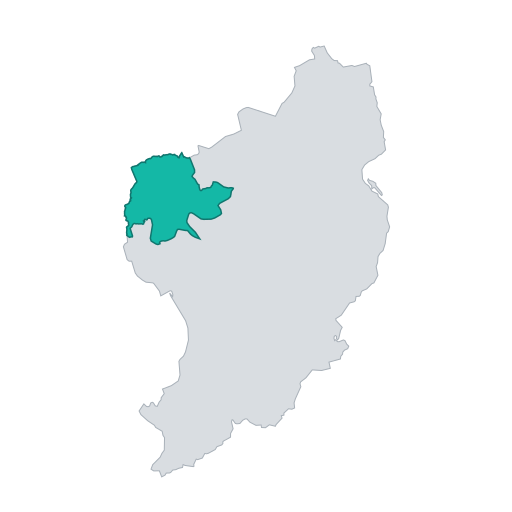 Razavi Khorasan on a map of Iran (Albers equal-area conic projection), rotated 249°
{"feature_id": "IRN-3245", "entity_name": "Razavi Khorasan", "entity_type": "Province", "adm_level": 1, "iso_a3": "IRN", "parent_name": "Iran", "parent_adm1": "", "projection": "albers", "projection_center": [59.461, 35.325], "detail": "fine", "context": "in_parent", "style": "filled", "palette": "teal", "viewbox_px": 512, "rotation_deg": 249, "n_neighbors": 0, "source": "natural_earth", "source_scale": "10m", "svg_char_len": 8430}
<svg xmlns="http://www.w3.org/2000/svg" viewBox="0 0 512 512"><g transform="rotate(249 256 256)"><path d="M252.9,152.8L257.8,153.3L267.1,150.7L267.9,150.0L271.0,143.9L274.3,141.3L279.8,138.1L283.4,137.2L295.7,138.1L296.7,135.6L298.8,134.4L312.1,135.5L314.1,137.4L314.9,141.0L326.0,144.4L328.2,145.5L330.9,148.2L333.2,148.9L336.1,147.7L337.9,148.6L340.8,147.9L349.5,151.8L350.7,155.8L352.3,157.6L354.2,159.3L361.1,162.4L363.2,164.2L368.3,171.5L382.4,171.2L383.3,172.7L383.2,175.9L384.3,183.4L383.2,186.2L385.1,188.6L384.9,193.3L385.7,196.6L384.2,201.2L382.5,202.1L383.5,206.1L382.1,210.0L382.3,211.5L380.1,214.8L380.0,216.1L375.9,219.2L379.0,223.7L374.4,224.0L371.5,228.8L372.3,234.5L371.6,237.5L372.1,239.1L373.3,240.2L379.6,241.3L379.8,242.0L373.1,250.4L373.5,253.6L378.5,270.4L377.8,278.8L378.6,287.4L394.8,289.6L396.7,291.8L397.9,296.5L398.0,300.1L397.5,302.0L379.5,324.2L389.1,335.0L389.5,337.4L395.4,347.9L400.8,353.3L410.1,356.0L414.5,359.9L418.3,359.5L418.1,365.0L420.0,376.2L418.9,381.4L422.3,382.4L427.3,381.4L429.2,382.4L430.2,384.2L429.0,385.3L429.3,389.7L428.1,390.7L427.6,394.9L420.1,395.3L413.1,397.4L410.5,399.0L409.1,402.1L406.8,401.8L406.1,403.0L401.1,405.2L399.5,413.8L397.6,415.9L396.4,428.1L395.2,428.3L392.8,430.4L377.2,426.7L375.6,423.8L374.0,423.2L371.8,426.1L364.0,424.5L361.4,425.0L359.7,424.2L355.6,424.1L352.3,422.4L343.8,423.8L338.7,420.7L333.2,419.8L326.4,419.8L321.0,417.4L318.1,418.3L316.8,416.6L308.6,415.0L306.1,409.5L306.1,406.7L304.2,402.0L303.7,395.0L302.0,390.0L298.7,385.8L289.5,383.0L284.6,384.1L281.0,386.4L275.0,387.5L270.3,391.9L267.6,391.5L256.5,397.3L254.1,397.1L246.2,392.5L242.7,391.5L235.3,391.2L231.4,388.2L230.5,386.1L221.2,381.0L215.6,376.6L214.1,372.7L211.7,369.7L206.2,367.1L203.1,364.4L194.3,362.9L188.6,356.4L188.7,354.4L185.6,347.6L185.4,342.7L184.7,341.4L181.8,339.2L181.4,337.9L182.4,334.9L178.6,332.7L178.1,331.2L178.6,326.5L170.2,314.4L168.9,308.0L167.2,307.6L158.5,310.9L156.2,308.3L149.3,303.6L148.5,302.0L150.4,301.5L152.1,302.4L153.3,301.7L153.0,300.3L151.3,299.3L148.8,299.1L149.3,300.4L146.9,301.3L146.2,302.8L146.3,307.5L145.2,308.7L141.2,309.1L138.6,310.3L136.6,308.4L136.4,304.9L135.2,302.6L133.3,301.6L132.0,299.2L129.6,297.9L130.8,286.1L124.5,285.1L125.6,276.2L129.5,267.7L124.4,259.0L122.5,252.6L121.0,251.3L117.9,251.0L108.5,241.5L105.2,238.9L100.3,237.6L100.1,234.6L101.7,231.6L99.9,227.1L99.4,225.8L97.4,225.0L97.9,222.4L95.3,222.2L91.4,214.3L90.1,213.1L93.6,208.0L92.3,203.3L93.9,199.7L96.4,200.2L97.9,195.3L103.0,190.8L107.2,189.1L107.8,187.6L107.4,184.7L105.4,180.9L106.2,178.0L107.1,176.7L111.4,175.6L111.7,175.0L110.0,173.7L102.9,172.7L99.5,168.7L96.0,167.3L94.9,159.4L94.4,158.4L92.8,157.9L91.9,156.3L92.0,151.2L89.9,148.5L88.9,140.7L89.1,138.9L90.0,137.4L86.6,133.5L86.8,128.5L87.8,127.4L83.8,123.2L81.9,122.7L81.8,122.0L85.9,114.7L87.4,113.2L84.9,111.6L85.5,107.8L85.3,104.5L86.0,101.5L84.6,99.0L84.4,97.6L85.5,94.4L84.0,92.5L83.6,88.8L90.1,88.8L92.0,83.5L94.6,81.6L98.2,84.8L102.5,94.4L105.5,97.5L107.6,100.8L119.2,105.5L121.9,104.9L126.0,105.6L131.9,100.9L134.4,100.5L141.1,95.8L149.2,91.7L153.2,91.3L158.1,98.3L154.7,99.9L153.9,101.4L154.1,103.0L156.5,105.0L156.6,106.8L155.6,107.6L152.2,108.2L151.0,109.9L154.3,113.2L155.8,115.9L157.7,116.7L160.4,121.0L165.3,121.0L165.3,130.5L167.2,138.6L172.1,142.4L185.3,146.3L186.7,148.0L188.5,152.4L191.7,155.8L201.7,162.8L213.1,166.6L220.8,167.1L249.7,162.0L252.4,162.1L248.0,163.6L249.6,164.5L253.2,164.7L254.1,164.0L254.3,162.9L252.9,152.8ZM285.9,389.1L283.9,391.8L281.0,393.9L278.8,393.2L270.1,396.1L267.8,395.8L267.5,394.8L277.2,391.3L277.7,390.3L277.2,388.2L280.2,389.2L283.6,387.7L286.5,387.3L287.8,388.5L285.9,389.1Z" fill="#d9dde1" stroke="#a8b0b8" stroke-width="1"/><path d="M321.6,142.8L322.0,142.8L322.4,143.3L322.5,143.4L322.8,143.5L323.0,143.5L323.3,143.4L323.6,143.4L324.3,143.6L327.0,145.0L328.2,145.3L328.8,145.3L329.1,145.4L329.4,145.6L329.5,145.7L329.5,145.9L329.5,146.0L329.8,146.7L329.8,146.9L329.9,147.3L329.9,147.6L330.0,147.9L330.3,148.2L330.6,148.3L331.9,148.5L332.2,148.6L332.6,149.0L332.9,149.0L334.5,148.9L334.8,148.7L335.1,148.4L335.2,148.0L335.4,147.7L335.7,147.5L336.1,147.4L336.4,147.6L337.3,148.4L338.0,148.7L338.4,148.8L338.8,148.8L339.0,148.7L339.2,148.4L339.4,148.4L339.8,148.5L340.0,148.5L340.2,148.4L340.4,148.1L340.5,147.8L340.6,147.6L341.6,148.2L343.0,148.6L343.7,148.9L344.0,149.1L344.7,149.2L344.9,149.4L345.5,150.0L347.9,151.7L348.3,151.7L349.3,151.3L349.7,151.4L350.1,151.7L350.4,152.2L350.5,152.5L350.4,153.0L350.5,153.3L350.5,153.6L350.4,153.9L350.3,154.1L350.4,154.6L350.7,156.1L350.9,156.5L352.1,157.4L352.4,157.8L352.5,157.9L352.5,158.0L352.4,158.1L352.4,158.3L352.3,158.5L352.7,158.7L352.8,158.9L352.9,159.0L353.1,159.1L353.8,158.8L354.1,158.9L354.4,159.2L354.5,159.6L354.6,160.0L354.7,160.4L354.9,160.6L355.1,160.5L355.2,160.4L355.5,160.0L355.8,160.0L358.4,160.8L359.6,161.8L360.3,162.2L361.7,162.4L362.4,162.7L363.0,163.5L363.6,164.9L364.5,166.2L366.4,168.5L366.8,169.1L367.3,170.5L367.7,171.1L368.3,171.5L371.2,171.4L373.7,171.3L377.6,171.2L379.7,171.1L381.6,171.1L382.5,171.2L383.2,171.3L383.4,172.1L383.5,172.4L383.6,172.6L383.6,172.9L383.6,173.2L383.6,173.4L383.5,173.6L383.4,173.8L383.3,174.1L383.3,174.3L383.4,174.7L383.1,176.5L383.0,177.6L383.3,178.2L383.2,178.3L383.1,178.5L383.3,178.6L383.6,178.9L383.6,179.0L383.8,179.5L383.8,180.0L384.1,180.6L384.4,182.0L384.5,182.7L384.5,182.8L384.5,183.0L384.3,183.2L384.2,183.4L384.1,183.6L384.1,183.8L384.1,184.0L384.0,184.3L383.9,184.4L383.7,184.5L383.6,184.8L383.6,185.3L383.6,185.5L383.4,185.7L383.0,186.1L382.8,186.3L383.1,186.4L383.5,186.5L383.9,186.7L384.2,187.0L384.5,187.3L384.7,187.6L384.9,188.0L385.0,188.4L385.1,189.2L385.2,189.6L385.2,189.9L385.1,190.4L385.2,190.6L385.2,190.8L385.1,191.4L385.1,191.5L385.1,191.9L385.1,192.0L384.8,192.3L384.7,192.4L384.8,193.0L385.1,193.5L385.5,194.2L385.7,194.4L385.9,195.4L385.9,195.8L385.8,196.3L385.6,196.7L385.2,197.2L385.0,197.7L384.8,198.4L384.7,198.6L384.3,199.2L384.2,199.4L384.2,199.9L384.3,201.0L384.1,201.4L383.8,201.6L383.3,201.7L383.0,201.7L382.7,202.0L382.6,202.5L382.6,202.9L382.6,203.2L382.8,203.5L382.6,203.8L382.6,204.1L383.3,205.0L383.3,205.3L383.2,205.5L383.3,205.7L383.5,205.9L383.0,206.6L382.9,206.9L382.8,207.8L382.6,208.7L382.5,209.1L382.5,209.3L382.2,209.8L382.1,210.0L382.2,210.3L382.3,210.7L382.3,210.9L382.2,211.7L382.1,212.4L381.5,212.6L381.4,213.0L381.1,213.7L380.5,214.1L380.1,214.5L380.1,215.1L380.2,215.6L380.1,216.2L379.9,216.5L379.7,216.5L379.2,216.5L378.9,216.8L378.8,217.0L377.9,218.0L377.6,218.3L377.1,218.4L376.1,218.5L375.6,218.8L375.4,219.3L375.6,219.3L375.9,219.5L376.0,220.1L376.7,220.4L376.9,220.6L377.1,220.9L377.4,221.5L378.8,223.3L379.0,223.7L377.6,223.8L375.7,223.9L374.4,224.0L374.5,224.5L374.2,224.8L373.4,225.3L372.7,226.0L372.1,226.8L371.6,227.8L371.5,228.8L371.6,229.1L370.1,229.4L358.5,229.5L356.0,228.6L354.2,225.7L353.2,224.8L351.2,225.5L349.5,226.5L344.0,227.3L343.4,227.9L342.9,228.3L341.0,227.7L338.0,227.3L337.0,227.7L336.7,228.3L336.8,228.9L337.6,230.1L337.4,231.6L337.0,233.2L337.2,234.2L337.1,235.1L336.6,236.3L336.3,237.6L336.4,238.5L336.9,239.0L337.3,239.4L337.5,239.9L337.7,240.5L340.5,242.7L340.0,243.7L339.8,244.3L338.9,245.8L338.0,246.7L332.1,250.6L329.4,254.5L328.7,257.2L327.9,258.6L327.4,259.1L326.9,258.8L325.4,256.3L323.8,255.3L322.6,254.7L322.2,254.4L320.6,253.4L319.4,250.6L318.2,241.0L317.4,239.6L316.7,238.6L311.8,239.6L308.1,239.0L307.3,237.6L306.3,231.1L306.5,227.3L309.0,220.3L310.3,218.0L317.8,212.9L319.6,211.2L319.9,209.8L319.3,208.3L314.0,204.1L312.0,203.5L307.3,204.6L299.9,207.9L292.2,209.6L295.3,206.0L297.8,203.9L299.9,202.7L303.8,201.4L304.4,201.0L305.2,199.2L308.6,193.7L308.9,192.2L307.7,190.8L303.5,187.1L303.0,185.8L302.5,183.1L302.3,178.8L302.6,176.4L303.4,175.0L303.9,172.9L303.5,171.1L302.8,170.7L302.2,170.6L301.9,170.7L301.9,170.1L301.8,169.3L302.0,168.3L303.1,166.9L307.5,163.5L310.4,163.7L322.2,170.6L327.2,171.4L328.6,171.1L329.3,170.5L329.9,168.7L329.8,168.0L329.1,167.6L328.9,167.3L329.0,166.6L330.1,165.5L330.0,165.0L329.4,164.7L329.1,164.1L329.0,163.5L328.7,163.6L328.4,164.3L328.0,164.4L327.6,163.7L327.2,163.2L326.3,162.6L326.2,161.8L327.0,160.9L328.1,157.7L328.7,156.8L328.9,156.1L328.9,155.7L329.1,155.3L329.6,154.7L330.0,154.0L329.9,153.1L329.4,152.1L327.8,150.5L327.4,149.6L327.2,148.8L326.9,148.4L318.9,147.9L318.2,147.4L318.5,146.6L318.7,145.8L318.7,144.8L319.4,144.1L321.6,142.8Z" fill="#14b8a6" stroke="#0f766e" stroke-width="1.5"/></g></svg>